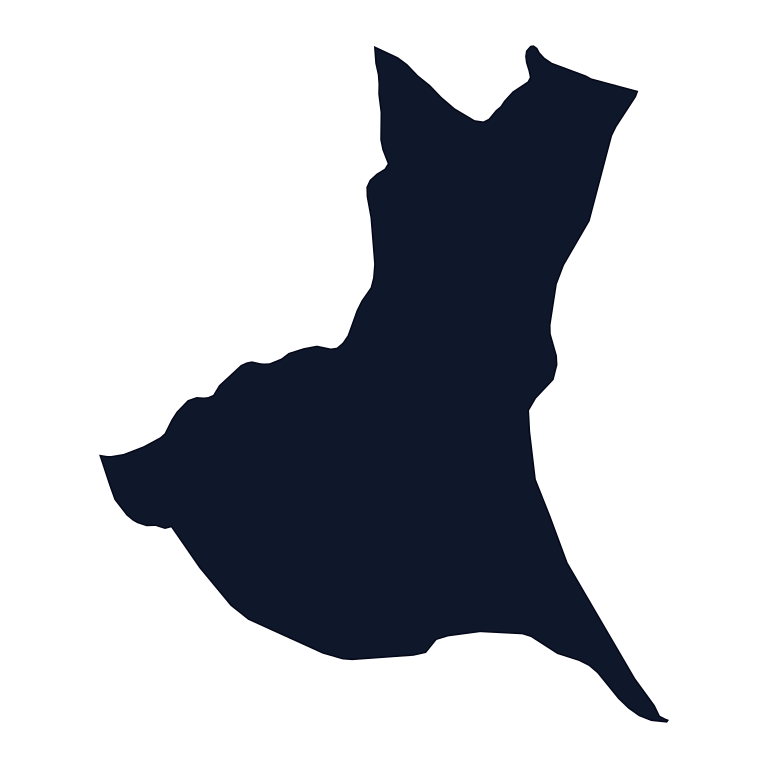 the border of Ibaraki
{"feature_id": "JPN-1856", "entity_name": "Ibaraki", "entity_type": "Prefecture", "adm_level": 1, "iso_a3": "JPN", "parent_name": "Japan", "parent_adm1": "", "projection": "robinson", "projection_center": [140.305, 36.33], "detail": "fine", "context": "isolated", "style": "filled", "palette": "ink", "viewbox_px": 768, "rotation_deg": 0, "n_neighbors": 0, "source": "natural_earth", "source_scale": "10m", "svg_char_len": 1688}
<svg xmlns="http://www.w3.org/2000/svg" viewBox="0 0 768 768"><path d="M637.3,91.5L635.4,96.6L616.0,126.3L611.4,135.6L589.0,220.8L563.3,265.1L556.1,284.1L549.8,325.0L550.0,333.9L556.2,355.7L556.7,364.8L553.0,379.4L535.4,398.1L528.3,410.3L529.4,431.4L535.1,479.4L549.9,516.7L567.0,563.0L634.6,678.8L654.2,705.7L659.3,716.3L664.5,719.0L667.8,720.3L666.7,721.9L651.4,720.3L639.2,715.5L628.8,708.1L618.7,698.4L597.7,672.5L589.1,665.2L578.8,660.1L557.5,653.3L531.1,636.3L522.5,633.6L480.1,631.4L447.8,635.7L436.1,639.3L425.6,652.3L413.5,655.0L352.2,659.4L342.8,658.7L322.8,652.9L248.6,619.2L231.1,605.3L199.9,567.6L171.5,526.5L165.0,528.2L155.6,525.2L146.7,525.5L137.6,522.5L133.2,520.0L127.0,514.9L115.1,499.5L112.0,490.9L109.7,484.4L100.2,455.6L106.9,456.7L111.0,456.8L123.7,454.7L143.7,447.0L160.6,437.9L165.2,433.8L172.1,420.0L177.2,412.1L188.1,400.8L196.7,397.8L204.1,398.3L208.3,397.8L213.7,395.5L219.6,385.7L241.3,365.6L246.9,363.1L251.9,362.1L260.5,364.0L264.5,364.3L269.8,364.0L281.6,359.2L289.0,353.6L303.8,348.9L316.9,346.4L330.9,349.3L337.1,348.4L343.2,343.2L348.3,335.7L357.3,310.6L362.1,301.0L371.3,287.8L373.8,278.0L374.9,264.2L371.2,217.7L367.4,196.8L367.1,187.3L370.3,180.4L377.1,174.2L385.1,169.3L388.5,163.8L383.0,149.6L381.0,139.7L381.3,112.5L379.0,94.1L379.2,83.9L378.5,74.6L376.0,63.3L374.8,47.2L397.6,57.9L406.8,64.7L417.4,75.8L429.7,85.7L441.0,97.5L454.3,108.9L474.4,120.9L483.5,122.2L489.1,119.4L496.4,110.6L501.0,106.8L504.8,101.1L513.1,92.0L528.2,82.0L530.6,77.4L529.2,70.8L526.7,62.7L525.9,56.5L526.7,51.1L530.7,46.5L533.4,46.1L536.8,48.5L539.1,52.9L544.1,58.3L551.5,63.4L585.9,76.2L590.8,79.0L637.3,91.5Z" fill="#0f172a" stroke="#020617" stroke-width="1.5"/></svg>